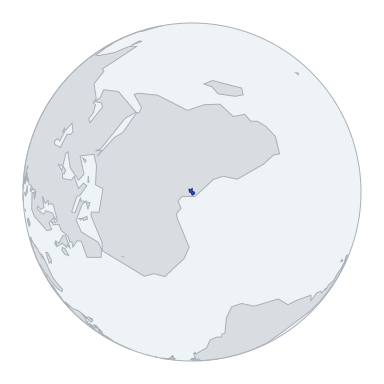 Moyen-Ogooué on an orthographic globe, rotated 258°
{"feature_id": "GAB-2621", "entity_name": "Moyen-Ogooué", "entity_type": "Province", "adm_level": 1, "iso_a3": "GAB", "parent_name": "Gabon", "parent_adm1": "", "projection": "orthographic", "projection_center": [10.538, -0.51], "detail": "fine", "context": "on_globe", "style": "filled", "palette": "blue", "viewbox_px": 384, "rotation_deg": 258, "n_neighbors": 0, "source": "natural_earth", "source_scale": "10m", "svg_char_len": 7355}
<svg xmlns="http://www.w3.org/2000/svg" viewBox="0 0 384 384"><g transform="rotate(258 192 192)"><circle cx="192" cy="192" r="169" fill="#eef3f6" stroke="#a8b0b8"/><path d="M88.8,58.2L89.3,57.8L90.1,57.2L95.9,53.0L98.9,51.0L104.5,47.5L107.2,45.9L113.5,42.4L114.2,42.1L111.5,44.0L106.2,47.1L104.9,48.2L111.2,45.0L102.8,51.1L99.5,56.2L97.1,58.2L90.1,61.8L86.7,61.9L77.6,68.6L85.1,63.8L79.1,69.7L78.8,70.7L80.1,70.4L83.0,68.1L81.3,70.3L73.2,75.3L74.7,73.4L77.2,71.7L75.6,72.0L70.1,76.4L67.5,79.6L61.9,84.5L60.0,87.0L57.7,89.7L61.2,85.3L54.8,93.7L50.5,99.6L58.8,88.1L67.9,77.3L78.0,67.3L88.8,58.2ZM25.4,164.0L25.1,166.6L26.7,159.4L28.5,155.4L26.7,165.2L29.1,156.2L29.1,160.8L33.7,160.1L32.9,162.4L36.5,173.9L43.4,178.9L45.0,186.1L43.9,190.6L46.9,191.9L47.0,194.9L61.8,199.5L71.5,207.0L72.6,217.4L67.4,229.2L69.4,254.3L61.8,262.4L64.4,272.4L66.3,286.9L61.1,285.8L67.3,293.0L68.3,297.3L66.2,297.6L69.9,302.6L68.6,302.7L72.4,306.0L76.3,312.4L82.3,317.6L86.8,322.6L90.8,325.6L90.2,325.5L91.2,326.6L93.4,328.3L88.9,325.5L80.7,318.8L77.1,315.3L76.3,314.8L68.1,305.8L69.4,307.6L58.0,293.9L50.8,282.4L35.1,248.9L32.3,242.2L28.8,234.6L25.1,218.3L23.5,204.0L23.1,189.5L23.6,180.6L24.9,167.5L25.1,166.0L25.4,164.0ZM35.9,127.2L34.2,133.3L33.2,134.6L33.8,133.0L34.9,129.8L35.1,129.3L35.9,127.2ZM41.0,116.4L41.2,115.8L41.3,115.7L41.0,116.4ZM143.0,30.3L142.2,30.6L143.0,30.3ZM98.4,331.3L90.3,326.6L93.9,328.7L91.3,326.1L97.4,329.7L98.4,331.3ZM92.9,324.6L92.9,323.1L94.4,324.0L94.7,325.2L92.9,324.6ZM356.5,153.5L356.4,152.8L358.7,164.8L359.3,168.4L360.2,176.3L359.9,173.0L359.3,169.0L357.5,158.4L353.4,142.7L353.4,145.2L351.6,139.0L345.8,126.4L344.8,129.8L344.5,145.2L347.5,161.1L346.0,168.0L336.7,144.8L331.1,129.8L328.6,131.1L318.3,118.7L303.1,117.7L300.1,114.0L297.4,115.7L290.0,112.0L285.1,106.1L281.0,106.6L293.8,122.2L298.1,122.0L300.5,115.9L303.4,121.7L310.4,127.0L305.6,140.9L281.7,153.8L278.0,142.0L252.9,111.3L252.9,108.0L252.7,107.6L252.3,106.9L251.4,112.4L246.6,106.7L261.5,127.5L264.6,136.8L281.3,154.5L280.1,156.4L285.1,160.2L299.5,155.7L299.9,159.7L293.9,178.4L272.8,204.5L274.8,222.3L272.1,237.6L257.3,247.9L257.0,259.8L249.1,264.1L247.5,270.9L240.3,278.2L228.9,285.1L211.1,285.6L211.2,279.4L204.3,267.6L195.1,239.0L200.9,225.8L199.9,215.7L186.9,193.8L189.8,181.4L186.0,176.4L178.4,177.9L173.8,172.1L169.1,172.1L138.5,177.7L128.5,170.4L114.9,147.8L119.9,138.2L119.6,127.8L153.1,92.1L161.6,93.5L189.6,88.3L193.3,89.4L191.5,96.8L213.7,105.6L219.1,99.1L237.7,104.1L249.2,103.9L250.6,90.1L231.9,90.0L227.2,83.5L241.0,77.9L257.2,79.0L255.9,76.6L244.4,71.1L246.9,67.0L240.3,69.0L243.9,71.3L239.9,72.9L236.3,70.9L237.3,69.3L232.1,68.3L228.7,76.6L231.9,80.0L219.0,81.7L223.2,87.6L220.2,90.5L211.9,81.7L211.7,78.5L197.4,70.0L196.3,73.4L209.8,81.9L206.2,81.3L204.9,86.8L203.0,82.1L188.5,72.8L176.0,75.5L162.2,89.9L154.5,91.6L147.0,89.5L149.9,75.7L166.9,73.5L168.1,69.4L162.9,64.1L168.5,64.2L168.4,62.1L174.7,61.4L181.7,56.0L187.8,55.2L188.8,49.3L192.1,48.3L190.5,52.0L192.7,54.4L207.6,53.7L210.0,52.4L209.4,48.9L213.6,49.5L211.2,46.1L218.9,44.9L207.5,43.9L206.5,40.5L210.2,38.1L207.9,37.1L201.8,41.1L201.3,43.0L204.1,44.8L200.8,50.9L196.0,52.1L191.7,45.7L184.5,47.0L184.3,42.2L200.8,32.9L208.5,31.6L224.9,35.5L224.1,37.1L217.8,36.4L225.2,39.7L223.8,38.1L227.3,38.9L227.3,36.6L229.7,37.1L225.5,34.3L228.5,34.6L231.2,36.4L233.7,34.0L239.5,34.7L238.9,34.0L236.6,33.1L245.4,34.9L244.6,34.4L241.4,33.5L237.6,32.0L234.4,30.2L237.7,30.9L239.3,31.6L247.5,34.7L251.2,37.0L252.2,37.2L249.7,35.4L239.7,31.6L236.9,30.4L241.8,31.9L239.8,31.2L239.4,30.9L242.0,31.4L236.7,29.7L229.8,27.3L241.9,30.6L253.8,34.7L265.3,39.8L276.4,45.6L287.0,52.3L297.1,59.7L306.7,67.9L315.6,76.8L323.8,86.3L331.3,96.3L338.0,106.9L343.9,118.0L349.0,129.5L353.2,141.3L356.5,153.5ZM143.3,109.3L142.8,112.3L143.3,109.3ZM275.6,88.0L284.4,89.0L278.1,80.6L281.0,80.5L277.8,77.9L277.6,80.0L269.4,73.2L272.4,71.2L270.1,68.0L267.0,67.6L262.9,72.5L274.6,81.9L273.6,85.2L275.6,88.0ZM33.9,160.0L34.3,161.9L33.4,162.0L33.9,160.0ZM31.8,138.5L31.5,140.0L31.2,140.6L31.8,138.5ZM35.5,138.0L36.2,138.8L34.9,139.6L35.5,138.0ZM34.1,134.3L34.9,137.8L32.5,140.7L32.2,138.7L33.2,137.7L34.1,134.3ZM38.4,121.7L38.1,122.3L37.4,124.0L38.4,121.7ZM41.0,116.3L40.9,116.5L41.6,115.2L41.0,116.3ZM79.6,69.4L80.2,69.1L80.9,69.3L79.5,70.2L79.6,69.4ZM91.1,65.0L88.1,68.7L89.2,66.5L86.6,68.2L85.6,66.3L95.9,59.2L91.4,62.6L91.1,65.0ZM87.1,62.4L86.6,64.0L86.8,62.6L87.1,62.4ZM162.0,52.6L164.7,53.5L163.1,55.9L155.4,58.3L157.6,54.7L162.0,52.6ZM168.8,54.5L166.7,48.2L171.4,47.0L169.1,48.6L172.5,48.4L169.7,51.2L176.3,56.6L175.3,59.2L161.6,61.3L166.6,59.0L163.7,58.0L168.8,54.5ZM153.0,39.1L152.1,37.6L163.4,36.6L162.9,38.1L155.2,40.2L151.3,39.6L153.0,39.1ZM127.4,35.9L126.3,36.3L127.6,35.8L129.6,35.0L127.4,35.9ZM141.9,30.6L133.4,34.0L131.7,34.5L128.7,36.5L123.2,38.7L125.3,37.2L118.8,40.8L118.6,40.4L114.6,42.8L120.0,39.2L119.5,39.4L122.1,38.3L127.2,36.1L129.3,35.2L133.9,33.4L141.9,30.6ZM180.9,24.2L176.5,24.5L182.1,24.8L177.3,25.3L178.3,25.3L175.4,26.0L173.5,27.1L171.2,27.3L171.5,27.7L169.6,28.4L169.2,29.0L164.8,29.8L164.0,30.8L162.3,30.6L162.1,32.2L160.3,31.5L157.7,32.6L160.8,32.7L138.0,37.9L129.8,41.5L123.9,45.1L121.6,44.1L125.6,40.3L132.9,36.0L141.1,33.1L138.6,33.4L141.7,32.2L142.4,32.4L143.3,31.4L146.1,30.6L152.5,28.3L152.0,28.0L154.4,27.3L156.0,27.1L157.2,26.7L161.8,25.9L163.6,25.5L169.9,24.6L171.9,24.7L173.8,24.3L178.6,24.0L180.9,24.2ZM171.8,24.2L172.2,24.2L171.3,24.4L160.9,25.9L171.8,24.2ZM160.5,26.0L158.5,26.4L156.5,26.8L160.5,26.0ZM196.7,86.5L199.4,86.7L203.5,86.3L202.8,90.0L196.7,86.5ZM186.7,80.1L189.1,79.6L190.0,84.1L187.2,84.1L186.7,80.1ZM189.5,75.7L189.1,79.2L187.6,77.3L189.5,75.7ZM192.6,51.4L195.0,50.9L195.6,51.7L194.6,53.1L192.6,51.4ZM196.4,27.2L194.1,26.8L194.6,26.6L192.0,25.5L195.3,25.3L198.2,25.9L196.4,27.2ZM247.9,92.4L245.1,95.0L243.2,93.7L244.5,93.0L247.9,92.4ZM223.2,92.2L229.3,93.9L223.0,93.2L223.2,92.2ZM199.6,26.8L198.1,26.3L200.7,26.5L199.6,26.8ZM197.6,25.2L200.5,25.3L195.4,25.2L197.6,25.2ZM287.1,318.3L286.4,320.4L284.7,320.5L287.1,318.3ZM296.7,235.3L283.3,262.2L276.5,262.2L276.6,254.3L282.5,238.0L290.8,233.4L295.2,226.1L296.7,235.3ZM360.9,196.9L359.5,175.7L360.0,176.5L360.8,183.7L360.9,196.9ZM348.1,162.7L350.8,172.4L349.7,173.9L348.1,162.7ZM226.0,27.7L225.9,29.1L228.1,30.7L232.8,32.2L226.2,31.0L222.8,28.5L226.0,27.7ZM224.7,26.2L224.9,26.3L220.0,25.4L217.6,25.0L219.0,25.2L224.7,26.2ZM209.9,25.1L209.7,25.4L207.6,25.1L209.9,25.1Z" fill="#d9dde1" stroke="#a8b0b8" stroke-width="1"/><path d="M195.1,189.8L195.1,190.0L194.9,190.1L194.4,190.4L194.3,190.5L194.2,190.6L194.2,190.8L194.3,190.8L194.4,191.1L194.4,191.3L194.5,191.6L194.6,191.8L194.6,192.0L194.8,192.1L194.9,192.3L194.9,192.5L195.0,192.7L194.8,192.7L194.7,192.7L194.3,192.6L193.9,192.2L193.7,192.2L193.1,192.3L192.9,192.4L192.7,192.4L192.4,192.4L192.4,192.5L192.2,192.7L192.0,192.8L191.9,193.0L191.8,193.3L191.7,193.4L191.6,193.5L191.6,193.8L191.4,193.9L191.2,193.9L190.9,193.9L190.6,194.2L190.4,194.2L190.2,194.0L190.1,193.9L190.2,193.7L190.3,193.6L190.2,193.5L190.2,193.4L190.1,193.2L189.9,193.2L189.7,193.2L189.3,192.8L189.1,192.2L189.1,191.7L189.3,191.6L189.5,191.6L189.8,191.6L190.0,191.5L190.1,191.4L190.3,191.4L190.3,191.5L190.5,191.7L191.1,191.4L191.3,191.2L191.5,191.0L192.0,190.7L192.1,190.4L192.3,190.3L192.3,190.2L192.4,189.9L192.6,189.9L192.8,189.8L195.1,189.8Z" fill="#3b82f6" stroke="#1e3a8a" stroke-width="1.5"/></g></svg>